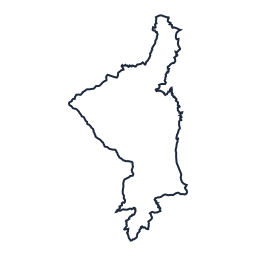 Florián, Santander, Colombia, rotated 90°
{"feature_id": "7082276B44314781423547", "entity_name": "Florián", "entity_type": "district", "adm_level": 2, "iso_a3": "COL", "parent_name": "Colombia", "parent_adm1": "Santander", "projection": "orthographic", "projection_center": [-73.956, 5.787], "detail": "fine", "context": "isolated", "style": "outline", "palette": "slate", "viewbox_px": 256, "rotation_deg": 90, "n_neighbors": 0, "source": "geoboundaries", "source_scale": "gbopen_adm2", "svg_char_len": 5714}
<svg xmlns="http://www.w3.org/2000/svg" viewBox="0 0 256 256"><g transform="rotate(90 128 128)"><path d="M17.2,100.1L18.6,99.7L22.0,100.0L23.3,99.5L23.9,100.6L24.6,101.0L27.3,100.4L27.6,100.6L27.8,101.4L27.2,102.9L29.6,103.4L30.3,102.9L30.5,102.5L30.4,101.2L32.2,100.1L32.0,99.4L32.2,99.0L33.2,99.0L34.0,98.5L34.6,98.4L37.2,99.3L38.0,99.1L39.6,99.8L40.5,100.6L42.5,100.7L43.9,101.2L46.9,103.2L48.6,104.0L49.6,103.7L50.9,104.6L52.1,104.7L53.5,105.9L55.4,105.7L56.3,106.1L57.3,106.3L60.9,108.5L61.8,109.7L64.3,110.5L64.6,111.0L62.4,113.3L64.0,115.2L64.6,118.8L66.5,120.3L66.6,121.1L66.1,121.5L66.1,122.2L65.5,123.2L65.5,123.5L66.3,124.3L65.8,124.9L66.1,125.5L65.4,126.5L65.6,126.8L66.7,127.0L66.9,127.3L66.2,128.5L65.6,128.8L65.6,130.1L64.9,130.5L65.6,131.6L65.9,132.9L65.1,133.7L66.1,134.4L68.8,132.6L69.7,132.5L70.2,134.6L71.6,136.2L72.4,137.5L72.8,137.8L76.0,138.2L77.5,139.0L77.6,139.3L76.8,142.4L74.8,148.3L75.4,149.0L77.1,149.9L79.5,149.5L80.4,149.6L81.1,151.4L82.5,153.4L84.7,155.3L85.7,156.4L86.0,157.6L86.1,160.0L88.4,161.9L88.7,162.6L89.3,166.4L89.3,168.8L89.7,169.8L90.7,170.9L91.5,172.2L92.0,172.8L92.0,173.1L92.2,173.4L93.1,173.8L94.8,175.3L94.6,177.1L94.7,179.6L96.9,180.9L98.9,181.3L98.8,182.5L99.0,183.0L100.3,184.1L101.1,184.2L102.3,186.4L102.6,186.8L103.3,187.0L104.8,186.7L105.9,185.3L106.0,184.7L108.2,183.1L109.1,179.7L109.8,178.8L111.8,177.0L112.7,176.6L114.8,174.9L116.3,174.3L117.0,172.3L117.3,172.1L120.9,170.3L121.8,169.0L124.1,168.6L124.8,166.8L126.6,165.2L127.7,164.6L128.7,163.2L129.2,162.9L129.6,162.9L130.4,162.4L131.9,162.4L133.4,161.4L134.6,161.2L135.4,160.6L136.6,160.5L138.1,158.6L139.9,155.6L141.7,154.1L142.5,153.0L146.5,151.3L147.2,148.5L148.9,146.5L149.7,142.8L149.7,140.9L150.1,140.4L150.7,139.8L151.7,139.7L152.7,138.8L155.1,138.1L156.2,137.2L157.5,136.6L158.8,134.4L160.2,132.8L161.2,130.1L161.1,128.0L161.8,124.5L162.0,124.0L162.6,123.5L165.3,123.4L166.5,123.0L170.1,124.3L171.8,123.9L173.2,123.0L174.0,122.7L175.0,122.9L175.7,123.3L176.0,125.9L177.0,126.6L179.5,131.5L180.5,132.0L182.9,132.7L186.7,132.6L190.8,133.3L193.4,133.2L194.1,133.0L195.1,132.3L196.3,132.0L197.9,132.3L198.8,132.0L199.5,131.2L200.1,131.0L201.6,131.0L202.8,131.8L202.3,132.9L203.3,134.2L205.3,134.0L206.4,136.4L206.9,136.6L207.7,135.9L208.3,136.1L209.7,137.5L209.8,138.5L211.9,139.8L211.8,139.3L210.6,138.2L210.8,135.9L209.5,133.4L209.3,132.5L209.7,131.5L209.7,129.3L209.3,127.5L208.6,126.4L208.8,125.0L209.3,124.3L207.8,122.3L207.9,121.3L208.7,121.1L208.9,121.3L209.2,120.6L210.1,120.9L210.9,120.4L213.9,121.5L214.7,122.1L214.9,122.8L214.7,123.5L215.5,123.8L215.4,124.3L216.1,124.8L216.3,125.6L217.9,126.9L218.3,127.0L218.8,126.7L219.9,128.1L220.7,129.9L221.0,130.1L222.3,129.3L222.8,129.6L223.4,129.5L224.1,129.7L224.7,129.3L225.9,129.2L229.3,131.8L229.5,131.6L229.3,129.5L228.8,127.7L230.2,127.9L231.7,128.0L232.0,128.6L233.0,129.0L233.7,128.2L234.6,128.2L235.7,127.6L237.9,127.2L240.6,125.2L240.1,123.8L239.4,123.4L239.3,122.0L237.5,119.4L233.4,118.5L231.6,116.6L231.1,116.3L230.0,116.6L228.1,114.9L227.2,115.2L226.9,115.0L226.4,113.8L227.6,112.8L227.3,111.5L228.7,109.7L229.2,108.5L229.1,107.8L227.5,107.8L226.7,107.3L224.7,107.4L223.7,107.1L221.4,107.6L220.5,106.1L219.0,104.5L218.1,104.1L217.3,104.0L215.8,104.8L214.4,105.2L213.3,106.1L212.1,104.3L212.0,103.2L212.7,101.5L212.4,98.9L211.0,95.6L210.5,95.7L210.2,96.1L208.6,96.1L208.4,95.7L208.1,95.8L208.1,96.4L207.4,96.5L207.5,97.0L207.2,97.1L207.0,96.7L206.6,96.9L206.8,97.1L206.1,97.4L206.3,97.7L205.1,97.5L204.7,97.9L204.9,98.2L204.0,98.7L203.5,99.6L203.0,99.7L202.8,99.2L202.7,99.6L202.3,99.6L202.0,100.1L201.2,99.9L201.1,100.4L200.3,100.6L200.2,101.1L199.7,101.4L198.3,100.7L197.4,98.3L197.3,96.2L196.5,94.4L195.6,93.3L194.5,91.3L194.5,90.1L194.8,89.5L195.3,87.6L194.9,86.0L195.0,82.9L193.1,79.8L192.7,78.1L192.9,77.2L194.1,75.6L194.1,72.3L194.5,71.1L193.6,69.6L192.5,69.0L191.2,69.1L190.2,69.4L189.8,70.0L187.9,71.1L187.5,71.1L186.5,70.1L185.0,69.3L184.8,70.1L183.6,72.4L182.3,73.7L181.1,74.4L179.2,75.0L177.1,75.3L174.9,74.7L173.9,74.9L162.6,79.4L156.3,79.9L152.8,79.8L150.2,80.4L146.6,79.6L143.3,79.2L141.6,78.4L139.9,78.5L139.0,77.9L138.5,77.9L138.5,78.2L139.0,78.9L138.9,79.4L138.5,79.7L137.4,79.5L134.9,79.0L132.7,78.0L129.7,77.2L128.8,76.3L128.1,76.1L125.1,76.9L121.6,76.9L120.2,76.1L120.1,74.7L119.9,74.7L118.1,75.9L117.5,75.7L117.2,74.5L116.5,74.6L115.7,75.3L115.4,76.2L114.8,75.4L113.4,75.3L113.2,74.1L112.3,73.8L112.7,76.6L112.2,76.6L110.3,78.1L107.9,78.3L106.7,76.4L105.8,76.9L106.0,77.8L105.4,78.2L102.7,78.0L102.1,78.2L100.8,80.1L100.5,80.2L99.2,79.5L98.6,79.9L98.2,80.7L96.7,81.5L97.0,82.4L96.0,82.9L94.8,84.0L93.9,83.4L93.2,84.3L92.2,84.0L91.5,84.3L90.0,84.1L87.8,84.4L88.1,84.9L89.2,85.8L89.9,86.1L90.8,86.0L91.7,86.4L91.6,87.7L94.0,88.9L94.3,89.2L94.5,90.5L94.9,90.8L94.2,91.6L93.0,91.8L92.9,92.4L92.3,92.8L91.7,93.8L90.6,96.1L90.9,96.8L90.6,97.9L91.1,99.5L90.3,99.8L89.7,100.3L89.4,100.1L88.7,97.8L87.9,96.8L86.9,96.4L84.8,96.9L83.9,94.2L84.1,91.0L83.8,90.8L82.5,90.1L81.7,90.9L80.6,91.3L79.1,90.7L77.3,90.6L76.1,89.9L74.6,90.4L73.7,89.7L72.8,89.3L72.6,88.2L72.3,88.1L71.6,88.4L71.4,87.4L69.7,87.4L68.9,87.0L68.7,88.2L66.8,88.3L65.8,86.6L64.8,86.0L63.7,84.6L62.9,83.2L63.1,82.4L62.8,82.1L62.7,81.7L61.0,80.7L58.8,81.0L57.6,81.8L55.7,79.1L55.2,79.7L54.1,79.5L53.1,79.9L53.3,79.5L51.8,80.2L52.1,78.9L50.3,77.3L49.5,76.2L48.7,75.9L45.8,77.5L43.8,78.1L38.9,77.5L39.3,79.2L39.0,79.6L37.6,80.1L36.2,80.2L33.4,79.6L32.2,78.9L30.6,77.1L29.9,75.7L29.7,76.5L28.6,78.5L27.4,81.8L27.3,82.3L27.9,82.9L27.6,83.7L26.7,84.1L25.0,84.1L24.6,84.8L24.3,86.3L23.1,85.4L22.9,85.4L22.2,87.3L21.0,88.3L19.2,88.0L18.2,87.3L17.4,87.4L17.2,89.5L15.4,94.5L15.4,95.6L15.6,96.8L17.2,100.1Z" fill="none" stroke="#1e293b" stroke-width="2"/></g></svg>